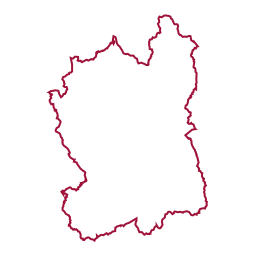 outline of Guarne, Antioquia, Colombia
{"feature_id": "7082276B92581613564352", "entity_name": "Guarne", "entity_type": "district", "adm_level": 2, "iso_a3": "COL", "parent_name": "Colombia", "parent_adm1": "Antioquia", "projection": "robinson", "projection_center": [-75.433, 6.272], "detail": "fine", "context": "isolated", "style": "outline", "palette": "rose", "viewbox_px": 256, "rotation_deg": 0, "n_neighbors": 0, "source": "geoboundaries", "source_scale": "gbopen_adm2", "svg_char_len": 5714}
<svg xmlns="http://www.w3.org/2000/svg" viewBox="0 0 256 256"><path d="M170.5,16.7L169.0,16.0L165.2,15.4L163.7,15.8L162.1,17.1L161.2,17.2L159.5,16.6L158.8,17.7L158.5,18.9L159.0,20.1L159.2,22.1L157.9,23.8L159.2,27.0L160.3,28.1L160.0,30.4L160.4,32.5L159.5,33.2L158.2,32.7L157.4,33.2L156.5,34.9L156.4,36.5L155.7,37.1L154.0,37.8L152.7,37.3L151.8,39.3L149.8,39.6L149.0,42.5L149.4,43.4L149.1,44.0L149.1,45.1L149.6,46.7L149.7,49.0L152.1,49.5L152.0,50.7L152.6,51.5L152.7,52.7L152.2,53.9L151.1,55.1L151.3,56.4L150.5,57.2L150.5,58.2L148.7,60.1L148.8,61.1L148.1,63.0L148.6,64.1L148.1,65.0L146.1,65.0L144.7,64.0L141.2,62.7L138.5,63.4L137.8,62.3L137.0,58.7L135.3,58.0L133.4,55.6L130.3,55.6L127.7,53.8L126.1,54.2L124.0,53.6L123.0,52.6L122.4,50.9L119.6,46.5L117.9,45.0L116.9,43.2L115.6,37.3L113.5,36.2L112.9,39.6L114.4,42.0L113.6,43.8L112.6,41.3L111.8,43.0L110.7,43.7L110.4,43.3L109.6,45.1L107.3,47.9L107.3,48.3L106.5,48.3L103.6,50.7L102.6,50.5L102.4,51.0L101.3,51.1L99.5,52.0L98.3,51.2L97.4,52.8L96.6,52.2L96.1,53.0L96.4,54.3L95.8,56.9L94.5,57.8L93.4,59.4L93.0,59.0L92.0,59.5L91.2,59.1L88.3,60.6L87.2,59.9L86.2,59.9L81.9,62.2L81.4,61.9L81.2,61.1L80.5,60.7L78.5,61.0L77.6,60.5L78.2,58.8L78.0,56.9L74.8,56.7L73.2,58.5L72.0,58.6L70.8,58.0L72.1,64.5L72.1,71.3L71.4,72.3L69.2,72.8L69.1,74.0L67.0,74.7L65.0,76.6L63.2,77.0L62.3,79.1L64.1,81.6L64.0,82.8L64.6,83.8L63.6,86.3L65.0,87.1L66.6,87.0L67.3,89.2L66.4,90.3L65.9,92.6L65.1,93.2L64.9,94.0L63.6,94.0L62.3,96.3L61.0,97.2L59.2,93.9L58.4,90.8L55.5,90.3L50.7,91.2L49.1,92.2L49.7,92.3L49.7,93.4L50.9,94.7L51.7,94.2L52.0,94.7L50.4,96.4L51.3,97.9L49.6,100.1L49.8,101.6L51.3,104.3L53.3,104.0L53.6,107.1L54.6,109.3L54.7,110.6L55.0,110.7L55.5,109.6L56.2,109.9L56.4,111.8L57.4,113.7L57.8,116.6L57.3,116.9L56.8,118.4L58.2,118.8L60.4,121.2L60.6,122.0L58.9,126.7L56.6,128.1L55.6,130.5L56.1,131.6L59.2,133.0L60.1,134.2L61.0,137.2L62.0,138.1L62.2,139.2L62.9,140.1L62.3,141.7L62.7,142.5L62.5,143.6L63.8,145.6L67.0,148.0L68.3,149.5L69.8,152.8L69.5,153.6L68.6,153.9L68.6,154.6L70.3,157.5L73.8,159.7L74.6,159.6L73.9,161.7L76.7,162.5L77.4,164.3L80.4,168.5L83.2,170.9L84.7,171.7L85.3,172.6L84.7,175.2L86.1,179.4L85.7,179.5L86.4,180.7L85.7,181.4L85.1,181.1L83.8,182.3L82.3,182.7L82.8,182.9L82.0,183.9L80.9,183.4L80.9,184.0L80.1,184.9L80.9,185.5L79.2,187.1L78.4,187.0L78.0,188.0L78.3,189.0L77.5,189.5L77.1,189.2L76.1,190.4L74.6,189.0L73.7,189.3L72.0,189.0L70.6,187.5L69.9,187.3L65.8,189.4L65.5,190.2L64.2,191.1L62.7,190.6L61.4,191.7L61.9,192.5L62.3,191.9L63.5,192.7L63.2,193.0L63.7,193.5L63.1,194.0L63.5,194.8L64.2,193.3L64.9,193.3L67.2,194.7L66.5,195.8L66.9,196.7L65.2,197.2L65.1,197.6L65.9,198.1L65.3,199.1L65.8,200.3L64.4,201.0L64.4,201.4L63.8,201.8L63.8,202.7L64.4,202.8L63.3,205.2L63.4,206.4L62.5,207.8L62.7,210.2L64.0,211.1L66.0,214.0L69.0,215.5L69.0,216.1L70.0,217.1L69.8,219.4L70.6,220.3L69.9,221.8L70.5,222.6L70.1,223.7L68.9,224.5L68.8,225.8L70.2,226.1L71.1,228.2L72.3,228.5L72.8,229.5L73.8,229.7L74.4,229.0L75.6,229.7L76.4,229.3L77.7,230.5L77.9,231.4L79.5,231.8L80.7,234.6L80.5,237.1L81.1,238.3L82.8,238.6L82.7,239.6L83.1,239.9L84.3,240.0L85.5,238.5L88.0,237.3L89.3,237.8L90.9,239.2L92.6,239.3L94.5,240.6L95.3,238.9L97.2,237.8L97.0,235.7L98.0,236.8L101.2,234.8L103.4,235.2L106.6,233.2L108.0,234.6L109.7,233.2L110.6,233.3L112.7,231.5L115.2,231.1L115.3,227.7L116.1,227.4L116.7,226.6L120.7,225.3L120.9,225.8L121.3,225.4L123.5,225.4L123.8,226.0L125.8,223.9L128.9,222.9L136.5,218.4L136.5,220.7L135.8,222.2L135.4,224.6L136.6,226.6L137.5,227.4L139.4,232.2L141.8,232.1L144.3,234.7L146.2,233.7L146.3,233.4L147.9,234.1L148.7,233.8L149.3,234.1L149.8,233.5L150.4,233.6L150.3,233.0L151.7,230.2L153.6,229.8L154.6,227.2L156.6,225.7L156.6,225.2L157.8,227.3L159.2,228.3L159.9,228.3L160.7,227.8L162.6,224.7L161.9,222.0L162.3,219.6L164.8,217.5L165.4,214.3L167.0,213.9L168.2,211.9L169.5,211.7L170.5,212.1L172.4,214.1L173.8,213.3L173.7,212.7L174.6,211.5L177.9,212.2L180.5,211.8L182.9,212.7L183.5,212.0L186.9,211.2L189.2,212.1L191.3,215.1L193.3,215.3L194.6,213.9L196.7,214.7L197.0,213.4L199.3,212.8L198.8,211.6L199.3,211.4L199.3,210.4L200.2,208.9L203.6,208.2L205.0,208.5L205.6,206.6L206.2,206.4L206.8,205.2L206.5,203.7L206.9,201.8L205.7,201.0L206.0,199.4L205.8,198.0L204.7,196.1L204.7,193.9L204.0,192.1L204.7,190.2L204.0,188.4L204.6,187.5L204.5,186.5L205.9,185.5L204.8,183.6L205.1,182.5L203.4,180.8L204.0,178.7L203.7,178.4L203.0,178.6L201.9,176.0L202.3,173.2L201.4,172.9L200.2,171.0L198.9,170.8L199.1,168.4L198.2,167.6L197.5,165.7L197.2,165.7L198.6,162.6L197.4,157.3L196.5,155.7L196.7,154.5L196.1,153.9L195.9,152.2L195.3,151.7L194.8,149.7L194.0,148.9L192.1,145.3L191.5,143.3L191.5,141.1L190.6,139.7L190.7,138.9L189.6,138.3L189.1,138.6L188.6,138.2L188.3,138.5L185.4,135.2L192.1,129.7L195.5,129.1L195.1,128.8L193.5,124.5L191.7,123.8L191.2,122.9L189.8,123.9L188.7,123.8L187.7,122.7L188.2,122.2L188.1,121.2L188.7,119.8L188.0,117.7L189.0,116.7L189.7,116.7L190.7,115.4L190.4,114.9L190.7,112.5L188.9,111.9L187.6,109.7L185.2,108.3L185.7,105.6L187.1,104.7L188.0,101.8L188.1,99.8L189.5,98.0L190.6,97.8L190.9,97.3L190.4,96.4L191.2,96.3L191.0,95.4L192.0,93.8L192.5,93.8L192.2,92.9L193.5,91.9L193.6,90.1L194.9,88.7L196.1,89.5L196.2,85.1L195.8,84.3L196.6,82.6L196.3,79.5L196.6,73.1L195.5,71.8L195.5,69.6L195.0,68.1L193.8,67.6L193.5,67.1L194.3,61.9L193.7,61.5L193.7,60.7L194.2,59.7L193.2,59.1L193.2,58.2L192.4,57.1L191.4,56.7L191.0,55.6L191.3,53.9L191.9,53.8L192.5,50.6L193.0,50.5L193.1,49.9L194.0,49.3L194.7,47.9L195.9,48.4L197.2,46.1L197.6,46.1L193.8,41.4L193.5,41.8L191.2,40.2L190.5,36.2L189.2,35.9L186.4,36.9L184.9,36.5L182.8,36.9L180.7,35.0L179.7,34.9L178.6,33.4L178.1,30.4L177.4,29.0L178.1,26.0L177.6,24.6L177.0,24.2L174.8,24.3L174.1,23.7L172.1,19.2L170.9,18.4L170.5,16.7Z" fill="none" stroke="#9f1239" stroke-width="2"/></svg>